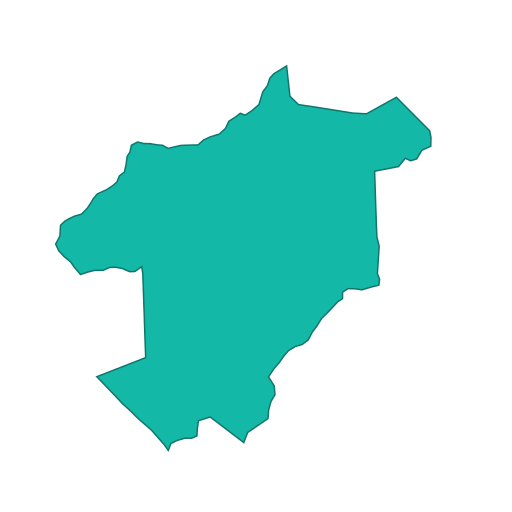 Guaiúba, Ceará, Brazil, rotated 169°
{"feature_id": "56859067B40987970950601", "entity_name": "Guaiúba", "entity_type": "district", "adm_level": 2, "iso_a3": "BRA", "parent_name": "Brazil", "parent_adm1": "Ceará", "projection": "natural_earth1", "projection_center": [-38.661, -4.098], "detail": "fine", "context": "isolated", "style": "filled", "palette": "teal", "viewbox_px": 512, "rotation_deg": 169, "n_neighbors": 0, "source": "geoboundaries", "source_scale": "gbopen_adm2", "svg_char_len": 1770}
<svg xmlns="http://www.w3.org/2000/svg" viewBox="0 0 512 512"><g transform="rotate(169 256 256)"><path d="M357.2,388.5L359.9,382.1L363.5,378.3L366.1,370.5L369.1,363.6L374.8,360.7L378.4,355.2L383.4,352.3L390.3,349.5L399.8,347.3L404.6,343.5L408.4,339.2L412.6,335.0L419.3,330.4L426.3,329.8L432.0,328.4L436.8,326.8L442.0,323.5L444.7,313.0L450.4,305.9L448.6,298.7L444.5,292.1L439.1,285.5L436.6,279.9L431.8,271.3L424.4,272.3L417.4,272.7L408.7,271.1L402.2,272.7L395.7,271.7L389.4,269.1L383.0,264.7L377.8,263.9L370.2,267.3L370.5,260.3L377.2,218.0L378.2,212.0L383.7,177.3L435.3,167.9L418.5,141.8L415.4,136.7L410.4,130.1L406.8,124.9L402.4,118.5L396.3,110.7L391.7,104.8L382.0,88.1L379.2,81.9L375.3,88.2L368.5,90.0L360.7,90.7L353.7,89.4L348.3,90.7L346.6,97.5L343.9,105.3L331.7,106.7L303.6,75.2L297.8,84.4L275.3,94.1L272.9,102.6L269.2,110.1L263.8,116.3L262.9,125.1L266.8,134.9L259.7,142.1L253.5,146.9L247.4,152.8L242.1,156.9L234.8,159.7L227.7,160.3L220.9,163.5L215.2,170.6L209.5,175.7L203.5,182.2L196.6,186.7L184.6,195.4L179.2,197.6L177.9,204.0L171.9,206.4L164.6,204.8L158.6,202.6L147.8,203.6L141.0,203.9L139.1,209.5L140.2,215.6L133.2,242.2L133.7,251.7L131.5,266.0L128.8,283.0L126.0,300.3L123.4,316.6L99.0,316.6L90.9,323.4L86.0,320.0L79.8,320.6L72.9,328.2L63.5,330.4L61.6,339.1L61.6,345.7L87.9,385.0L95.7,382.5L120.4,374.5L133.6,377.8L144.3,381.7L172.2,391.9L185.4,396.5L192.2,406.3L189.7,436.8L197.1,433.9L203.6,431.6L208.5,427.9L212.3,421.0L217.9,416.0L220.6,411.0L224.2,404.1L232.6,399.3L239.8,396.3L244.2,399.1L249.3,396.5L256.9,393.5L261.6,387.1L268.7,382.7L278.1,381.7L285.3,379.9L291.7,376.1L301.6,377.8L308.7,378.9L314.7,378.7L321.7,378.4L326.6,382.5L332.2,384.1L338.5,386.5L344.7,387.8L350.5,390.5L357.2,388.5Z" fill="#14b8a6" stroke="#0f766e" stroke-width="1.5"/></g></svg>